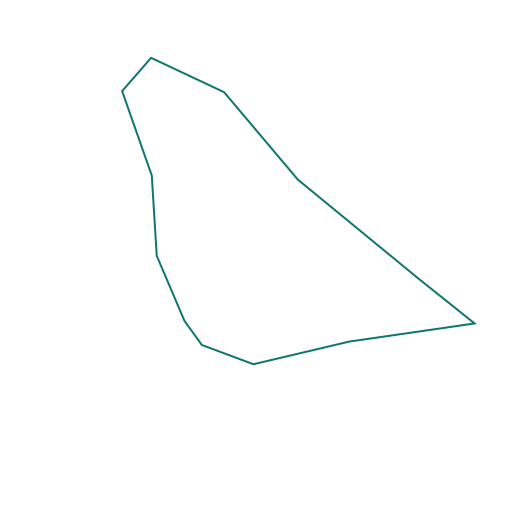 Oxelösund, Södermanland, Sweden (Equal Earth projection), rotated 41°
{"feature_id": "70781695B16692343242132", "entity_name": "Oxelösund", "entity_type": "district", "adm_level": 2, "iso_a3": "SWE", "parent_name": "Sweden", "parent_adm1": "Södermanland", "projection": "equal_earth", "projection_center": [17.078, 58.693], "detail": "fine", "context": "isolated", "style": "outline", "palette": "teal", "viewbox_px": 512, "rotation_deg": 41, "n_neighbors": 0, "source": "geoboundaries", "source_scale": "gbopen_adm2", "svg_char_len": 319}
<svg xmlns="http://www.w3.org/2000/svg" viewBox="0 0 512 512"><g transform="rotate(41 256 256)"><path d="M465.2,163.5L392.9,166.5L237.5,170.9L124.5,153.3L46.8,175.3L46.8,219.4L124.5,263.6L181.0,321.0L244.6,351.9L273.6,358.7L325.0,339.4L382.6,259.3L465.2,163.5Z" fill="none" stroke="#0f766e" stroke-width="2"/></g></svg>